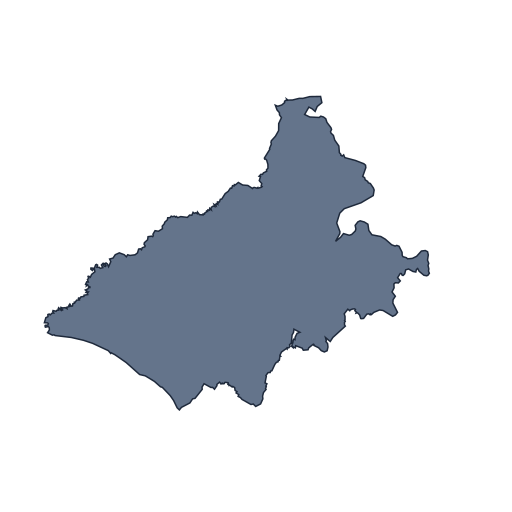 the district of Tegal, Jawa Tengah, Indonesia, rotated 205°
{"feature_id": "22746128B39713682939315", "entity_name": "Tegal", "entity_type": "district", "adm_level": 2, "iso_a3": "IDN", "parent_name": "Indonesia", "parent_adm1": "Jawa Tengah", "projection": "orthographic", "projection_center": [109.163, -7.056], "detail": "fine", "context": "isolated", "style": "filled", "palette": "slate", "viewbox_px": 512, "rotation_deg": 205, "n_neighbors": 0, "source": "geoboundaries", "source_scale": "gbopen_adm2", "svg_char_len": 6147}
<svg xmlns="http://www.w3.org/2000/svg" viewBox="0 0 512 512"><g transform="rotate(205 256 256)"><path d="M294.4,411.1L293.5,410.3L294.8,409.7L295.5,408.3L294.9,407.1L296.5,403.7L299.6,400.9L302.2,400.8L298.6,397.2L295.4,395.8L294.4,393.9L291.4,392.1L291.4,385.6L288.5,379.2L289.0,372.8L290.8,366.9L290.4,365.1L289.4,364.0L289.2,359.2L288.6,358.5L289.8,348.3L289.1,347.5L288.3,347.9L286.8,347.3L283.9,344.0L282.3,340.7L282.9,338.4L282.1,337.3L284.4,334.5L284.6,332.7L286.1,332.1L286.9,329.6L285.5,329.9L284.9,325.7L281.4,324.1L281.0,321.7L279.8,321.5L280.1,320.6L282.8,318.3L283.3,318.9L284.0,317.8L286.3,317.5L287.4,316.8L287.6,315.7L293.2,316.5L298.1,314.7L303.1,315.2L304.7,311.8L305.8,311.6L305.5,310.2L307.0,309.8L306.7,307.1L307.9,306.7L308.5,302.8L310.3,299.6L311.1,293.1L312.3,292.3L312.0,289.5L313.6,288.8L312.7,287.9L313.7,287.2L312.8,286.6L314.0,286.5L314.4,285.8L313.4,284.6L315.8,285.0L314.2,283.4L315.9,283.1L317.0,281.4L317.0,280.1L316.1,279.0L318.1,279.6L317.5,277.8L319.1,277.5L318.7,276.0L319.8,275.9L319.5,275.1L320.7,273.1L320.4,272.2L321.7,271.7L321.3,270.9L324.7,269.6L327.6,271.1L327.2,269.5L328.8,269.8L330.0,268.6L331.5,269.0L331.4,265.9L333.5,265.0L334.5,262.0L340.9,259.9L343.1,257.7L345.0,258.2L345.4,257.3L346.9,257.6L348.1,256.4L349.7,256.3L350.0,254.6L352.2,253.3L351.6,251.4L353.0,248.0L352.7,246.6L353.6,243.4L352.3,241.2L354.9,237.2L358.2,236.3L358.6,232.2L357.7,231.0L357.8,229.9L359.1,229.8L362.0,227.9L361.1,224.9L362.8,220.9L362.4,219.3L360.7,218.3L360.6,217.4L362.6,215.4L362.4,213.3L363.8,213.7L365.3,212.7L364.7,208.8L366.1,206.0L370.5,203.2L372.8,202.9L373.2,200.5L376.0,201.5L381.2,201.1L384.1,197.7L384.7,193.7L387.4,191.4L385.2,189.5L385.1,184.0L387.3,186.0L389.0,186.3L389.6,184.9L387.9,183.8L388.0,182.9L389.1,182.6L390.3,183.4L390.6,185.0L391.5,184.8L392.3,182.5L389.9,180.7L391.9,179.0L393.3,179.5L395.4,178.5L395.7,180.8L397.0,181.0L397.6,180.2L397.3,176.5L400.5,175.4L400.2,174.3L398.1,173.7L397.7,175.7L396.8,175.7L395.3,173.6L397.2,169.9L397.2,166.7L399.0,167.0L399.6,166.5L398.3,165.1L398.8,163.4L397.0,161.6L398.5,161.1L398.5,158.3L397.5,158.4L397.1,157.2L396.4,158.8L395.5,157.9L393.4,157.8L393.2,157.2L394.4,156.6L394.5,155.1L396.3,153.1L394.5,152.8L394.7,151.3L392.8,152.5L393.1,150.7L392.2,149.9L395.3,147.8L394.9,146.6L397.4,145.0L397.6,142.9L398.8,143.2L399.1,142.6L397.6,141.4L399.9,140.2L400.3,137.9L401.1,137.4L400.5,136.6L401.8,135.4L401.2,133.1L402.2,132.4L404.4,133.8L404.7,132.1L403.3,131.8L405.9,129.5L405.0,128.4L407.2,128.5L409.3,127.2L411.1,127.0L410.8,126.2L408.5,125.4L409.3,124.3L413.0,125.7L412.9,124.2L412.0,123.5L413.7,122.4L413.8,121.4L416.9,120.8L416.7,119.7L415.2,118.8L416.7,118.0L417.7,115.6L418.9,116.0L419.9,115.0L418.9,113.1L420.4,111.3L419.6,106.1L416.6,107.3L415.6,106.9L415.5,105.4L417.6,104.2L417.7,103.5L416.8,102.5L414.3,104.3L413.1,103.7L412.0,101.6L412.5,98.4L407.1,98.2L405.7,99.2L404.5,99.0L389.0,104.1L376.7,106.7L367.1,107.8L349.9,107.8L346.5,106.3L346.4,107.1L342.1,106.9L328.7,104.6L311.4,99.4L305.7,100.6L295.0,99.4L287.3,97.1L285.4,97.4L274.7,93.2L269.6,90.2L263.3,85.1L260.4,84.1L259.6,87.3L253.8,94.9L253.1,99.7L251.1,101.2L248.4,112.4L249.5,114.4L249.1,118.3L241.3,117.8L239.8,118.6L237.3,117.7L236.6,122.0L237.2,123.1L235.7,126.3L233.6,125.2L232.9,126.5L232.0,126.1L230.8,127.0L231.1,127.9L230.5,128.5L227.8,129.4L227.0,127.2L226.9,128.4L225.7,127.2L225.2,127.8L222.2,127.2L221.9,128.0L219.7,127.7L218.1,125.3L215.9,125.0L216.2,123.5L213.0,123.1L212.9,121.2L210.3,121.1L208.1,120.1L197.8,119.3L195.9,120.7L192.7,119.5L189.3,123.9L189.4,129.4L190.8,131.8L191.5,135.4L190.5,139.3L191.3,139.8L191.5,142.0L192.1,142.2L192.1,144.8L194.2,144.8L195.8,151.3L196.5,151.8L195.8,155.4L193.9,156.4L194.1,157.9L193.1,158.7L193.1,165.8L192.6,168.2L191.3,169.4L191.6,170.7L190.8,171.4L192.0,175.3L191.4,175.6L192.4,176.1L192.3,179.8L189.4,185.0L188.5,184.8L189.0,186.1L187.5,186.6L187.0,188.3L188.1,189.8L187.2,191.9L189.9,199.6L189.7,202.6L190.7,205.7L184.0,205.4L186.1,203.2L186.2,198.9L185.3,196.6L186.6,196.6L186.7,195.3L185.9,192.7L186.5,192.3L185.5,190.3L185.8,189.3L183.5,188.6L183.7,189.3L181.5,189.4L182.1,191.5L175.2,192.0L173.3,190.6L169.2,193.0L169.4,195.0L166.8,200.3L166.1,200.3L165.7,199.4L160.5,199.3L156.8,197.8L153.5,197.9L151.5,200.2L152.3,203.9L154.1,206.9L156.5,208.0L156.5,209.0L158.6,211.5L152.6,209.9L151.9,214.7L145.4,230.2L146.6,230.9L147.7,233.1L147.5,234.5L148.5,235.0L148.3,235.7L149.8,238.9L151.6,240.9L150.3,246.6L147.9,246.0L147.8,247.0L146.0,248.8L144.5,249.7L143.3,249.6L143.3,248.2L141.3,247.6L141.2,246.5L140.4,247.3L139.3,247.2L137.1,246.3L134.7,243.6L133.8,243.8L132.1,244.9L131.0,250.1L129.5,251.2L127.8,250.9L127.8,251.9L126.6,251.7L125.4,254.7L121.2,259.3L117.8,260.3L106.6,259.1L104.7,261.5L103.9,264.7L112.1,271.2L113.3,274.4L112.7,278.4L117.5,280.9L117.4,285.5L119.2,288.9L118.4,290.7L115.6,291.7L114.7,294.4L118.5,296.2L117.9,301.1L116.9,301.5L115.3,300.3L114.4,300.6L113.7,302.7L114.5,306.7L112.3,308.7L107.2,308.3L104.4,309.0L104.9,311.6L104.2,313.0L101.7,311.1L95.7,309.5L92.9,310.2L92.0,311.3L91.6,313.6L93.3,315.2L93.9,317.3L96.1,320.2L96.3,322.3L98.8,324.7L100.3,329.8L102.3,332.4L104.9,332.5L108.2,330.4L110.3,323.6L113.3,319.9L117.5,317.5L119.0,318.0L122.5,317.5L123.7,318.3L125.2,321.1L130.5,325.3L132.9,325.1L134.1,323.8L137.8,323.5L146.0,325.9L151.1,326.4L159.9,324.2L164.5,326.8L168.0,332.1L172.2,332.6L176.5,331.9L178.1,330.0L179.1,325.7L176.9,322.7L176.6,320.6L178.4,315.9L180.3,314.2L186.2,313.3L187.2,308.8L190.1,302.9L189.5,311.6L190.2,313.5L196.8,320.0L198.2,330.2L196.0,336.2L183.3,348.6L175.3,360.3L176.8,365.7L178.3,367.2L183.0,370.0L185.2,369.8L186.3,370.8L189.2,371.2L190.7,372.9L192.9,373.2L193.8,382.5L195.1,384.6L197.2,385.2L206.3,384.6L217.1,382.7L219.3,384.7L220.1,383.0L221.7,383.1L222.0,384.0L224.1,384.9L227.4,390.7L233.6,394.3L236.8,398.0L240.0,399.1L241.0,400.2L241.0,402.6L242.2,403.9L248.2,407.1L250.8,409.9L253.6,410.5L256.4,410.1L257.2,408.3L266.0,404.7L271.7,404.8L271.0,413.3L267.2,413.1L263.5,412.0L263.7,417.4L261.1,422.8L264.9,427.9L274.6,423.2L280.1,418.7L283.4,417.2L289.0,412.7L293.0,410.8L294.4,411.1Z" fill="#64748b" stroke="#1e293b" stroke-width="1.5"/></g></svg>